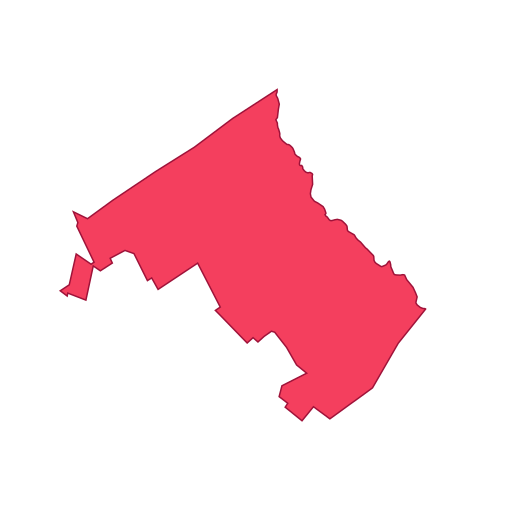 Windsor, Vermont, United States of America, rotated 307°
{"feature_id": "52423323B43011596920250", "entity_name": "Windsor", "entity_type": "district", "adm_level": 2, "iso_a3": "USA", "parent_name": "United States of America", "parent_adm1": "Vermont", "projection": "robinson", "projection_center": [-72.472, 43.592], "detail": "fine", "context": "isolated", "style": "filled", "palette": "rose", "viewbox_px": 512, "rotation_deg": 307, "n_neighbors": 0, "source": "geoboundaries", "source_scale": "gbopen_adm2", "svg_char_len": 2315}
<svg xmlns="http://www.w3.org/2000/svg" viewBox="0 0 512 512"><g transform="rotate(307 256 256)"><path d="M401.6,172.7L351.9,154.6L305.8,141.3L262.8,124.9L214.4,108.1L184.4,99.0L181.4,83.6L175.5,93.6L172.0,94.9L153.6,130.4L150.2,129.2L149.4,111.2L120.6,124.2L110.4,120.6L110.4,129.3L113.1,128.0L118.4,146.7L150.1,132.0L150.5,140.6L163.9,145.5L166.4,140.9L181.6,148.0L184.5,157.1L171.0,184.1L175.7,185.9L170.4,197.9L215.2,213.7L193.7,258.2L188.1,256.3L187.3,262.0L181.2,301.3L189.0,302.8L188.5,309.3L196.8,310.9L205.2,313.6L206.4,316.8L201.4,335.4L193.4,354.0L192.9,367.0L168.0,354.8L157.6,359.1L157.5,370.0L152.8,370.3L152.1,391.9L170.2,392.6L170.4,413.0L194.3,420.3L203.9,423.3L220.8,428.4L271.9,422.1L315.7,423.4L315.8,423.3L315.6,422.5L314.6,421.0L313.8,418.2L313.9,414.2L314.7,412.1L315.2,411.6L320.3,409.3L322.6,405.6L325.5,400.2L327.8,390.6L330.2,386.2L330.0,385.4L329.3,384.3L327.5,382.7L325.2,379.3L324.6,378.1L324.5,377.5L325.0,376.2L325.9,374.6L326.0,374.6L328.1,370.9L328.7,370.0L330.2,368.7L331.9,366.6L332.2,365.7L331.4,365.2L328.3,365.3L327.0,365.1L323.4,363.0L322.9,362.3L322.8,361.5L322.4,356.5L322.6,354.8L323.5,352.9L326.5,350.3L327.0,349.4L327.8,344.1L328.4,340.5L328.4,338.5L329.8,332.1L330.0,331.2L330.1,327.6L330.7,324.8L331.7,322.6L332.0,321.7L331.2,315.3L331.3,314.2L331.6,313.5L334.3,311.0L334.8,310.2L335.3,308.3L335.8,304.3L335.8,302.9L335.6,302.1L334.2,298.9L332.4,297.2L329.8,295.2L329.0,293.9L329.0,292.7L330.0,289.4L329.9,287.8L330.6,286.2L331.9,286.3L332.5,285.8L334.7,282.6L335.8,279.9L335.5,273.4L334.9,269.9L335.0,269.1L336.2,264.4L338.5,261.9L342.0,260.0L347.3,258.1L353.9,252.6L354.9,252.3L355.3,252.0L355.6,251.1L355.4,249.4L355.4,249.2L354.9,248.4L353.7,247.5L353.0,245.6L353.1,243.4L353.9,240.7L355.1,239.8L355.8,238.1L355.7,237.8L354.9,237.0L354.9,236.2L355.1,235.8L355.7,235.2L357.6,234.2L360.3,233.2L360.7,232.4L360.8,230.6L360.4,229.3L360.7,226.2L361.2,225.1L361.9,224.5L363.8,221.3L364.4,219.9L364.7,217.8L364.8,215.9L364.4,214.5L363.7,213.6L363.9,209.2L364.0,207.7L364.9,204.5L366.1,202.7L367.9,201.5L368.9,200.4L370.9,197.7L371.7,196.2L373.6,194.2L375.0,193.1L376.8,189.8L379.4,189.8L386.6,185.6L391.3,183.2L394.7,178.8L395.3,177.8L396.0,176.1L396.8,175.1L397.4,174.7L399.5,174.2L400.7,173.4L401.6,172.7Z" fill="#f43f5e" stroke="#9f1239" stroke-width="1.5"/></g></svg>